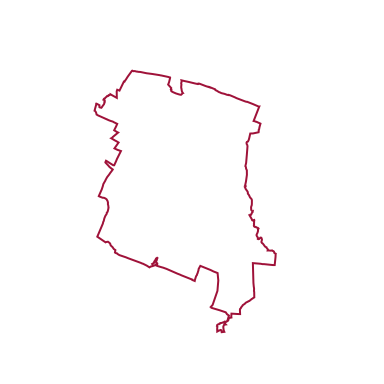 Albesti, Botosani, Romania, rotated 56°
{"feature_id": "2599482B63147515307079", "entity_name": "Albesti", "entity_type": "district", "adm_level": 2, "iso_a3": "ROU", "parent_name": "Romania", "parent_adm1": "Botosani", "projection": "albers", "projection_center": [27.098, 47.691], "detail": "fine", "context": "isolated", "style": "outline", "palette": "rose", "viewbox_px": 384, "rotation_deg": 56, "n_neighbors": 0, "source": "geoboundaries", "source_scale": "gbopen_adm2", "svg_char_len": 6032}
<svg xmlns="http://www.w3.org/2000/svg" viewBox="0 0 384 384"><g transform="rotate(56 192 192)"><path d="M139.4,265.4L143.3,271.6L143.9,271.3L145.8,270.0L146.8,269.3L147.5,268.3L148.9,267.4L150.3,266.9L152.6,267.1L152.9,267.3L154.1,267.7L154.7,268.3L155.2,268.6L156.2,268.9L158.4,270.0L158.5,270.3L159.2,270.8L161.2,273.0L161.5,274.2L162.3,274.8L162.7,275.6L163.2,276.9L163.7,277.7L164.9,279.5L166.6,281.3L167.3,282.5L168.3,283.5L176.1,295.5L185.4,291.8L185.4,291.4L186.2,289.5L188.2,288.8L189.4,288.8L190.3,289.2L190.7,289.2L191.7,289.1L193.1,288.7L195.5,288.7L197.3,288.0L199.1,289.7L200.0,289.3L201.1,288.4L201.7,288.4L203.7,287.5L209.2,283.3L211.3,281.9L222.1,274.1L223.6,273.2L223.8,272.9L227.7,270.7L230.7,269.4L230.7,267.9L231.1,267.0L231.6,265.3L229.4,265.3L229.5,264.2L229.2,263.2L229.4,263.0L229.1,262.4L228.8,262.5L228.3,261.6L227.9,260.4L227.1,259.1L227.0,258.4L227.1,257.9L227.0,256.9L227.9,258.4L228.8,259.3L229.1,260.0L229.8,260.7L230.4,261.0L231.8,260.7L232.5,261.3L232.3,261.5L231.7,262.9L231.8,263.3L232.0,263.4L234.3,261.8L237.6,259.1L238.5,258.3L241.5,256.1L251.6,249.7L253.9,248.1L255.1,247.4L264.9,240.7L265.2,240.9L267.3,239.5L266.4,238.6L264.4,236.1L263.9,235.3L263.6,234.4L263.0,233.8L262.6,233.0L261.2,231.3L260.6,230.5L259.5,229.5L257.9,226.4L267.1,220.2L269.9,218.6L273.5,216.1L280.1,219.7L288.2,226.2L296.8,237.6L297.2,238.2L297.8,240.7L298.0,240.6L298.7,240.7L299.2,240.4L305.5,235.2L310.6,231.3L312.9,231.3L315.1,230.5L318.6,234.7L318.6,235.8L318.5,236.4L318.3,236.8L317.7,237.4L317.8,237.7L317.7,238.2L317.1,240.7L316.5,241.8L316.7,242.0L316.8,242.3L316.7,242.7L316.5,243.0L316.7,243.5L316.4,244.1L316.3,244.6L316.3,245.4L316.6,245.7L317.1,246.3L317.4,246.2L318.0,246.3L318.6,247.0L320.2,248.1L320.6,248.0L320.8,248.1L320.9,248.5L321.0,248.6L321.8,249.1L322.0,247.0L322.4,245.4L322.8,245.1L323.4,245.0L323.7,245.1L324.3,245.6L324.8,245.8L326.0,243.4L324.2,243.0L321.5,241.6L321.0,241.2L320.0,239.6L320.7,238.1L319.1,238.4L318.9,237.6L318.3,237.4L318.3,237.2L318.7,236.5L318.8,236.0L318.8,235.1L318.9,234.5L318.8,234.1L318.6,233.6L317.1,231.9L318.1,229.5L317.1,229.0L314.9,227.3L318.6,222.5L320.1,220.4L316.7,218.3L315.9,217.7L315.7,216.6L315.2,216.0L314.5,213.7L314.2,213.2L314.2,210.8L313.9,209.5L313.9,208.6L314.2,207.0L314.1,206.4L314.4,205.4L314.1,202.3L314.2,201.5L314.1,200.5L314.2,199.3L311.3,197.4L309.6,196.3L308.7,196.0L308.0,195.4L306.7,194.5L304.8,193.6L301.7,191.9L285.0,181.3L289.9,175.2L291.3,173.8L292.1,172.6L297.7,165.9L298.8,164.3L292.6,159.1L290.3,157.4L290.0,157.1L288.7,157.8L287.2,157.4L286.5,157.6L285.9,158.1L285.2,158.3L284.8,159.3L283.2,161.3L282.8,162.0L282.0,161.2L280.0,161.4L279.5,161.2L278.7,161.7L277.9,162.0L276.6,162.0L274.5,162.1L273.4,162.5L272.5,162.5L272.2,162.4L270.9,160.9L270.4,160.5L268.7,160.1L268.1,160.7L268.1,160.9L268.5,162.6L268.2,163.4L267.7,163.7L266.9,163.0L266.5,162.9L265.0,162.9L264.0,162.7L263.4,162.2L262.3,160.3L261.8,159.8L261.2,159.0L259.9,158.3L259.6,157.3L259.2,157.3L258.5,157.5L257.4,158.5L256.6,158.6L256.4,158.8L256.1,159.3L256.0,159.5L255.4,159.7L254.9,159.7L254.4,159.5L253.8,158.8L253.0,158.5L252.4,157.8L251.4,157.3L250.9,156.7L250.5,156.3L250.0,156.1L249.9,156.5L249.7,156.7L249.4,157.8L249.0,157.9L247.7,157.6L243.4,157.3L243.8,156.4L243.5,156.2L243.8,155.5L242.8,154.0L242.6,153.5L242.6,153.3L242.6,153.1L242.3,152.8L242.2,152.7L242.2,153.1L241.7,152.8L241.2,152.8L239.9,152.9L237.6,151.5L236.8,150.5L236.3,149.8L235.3,149.0L232.4,147.0L232.0,146.8L231.0,146.6L229.0,146.9L228.1,146.8L226.6,146.5L224.6,146.6L223.3,145.8L222.1,145.7L219.5,145.8L217.7,145.4L217.4,145.4L217.4,144.6L217.1,144.6L216.5,144.2L215.3,144.4L215.6,144.3L216.0,143.8L215.7,143.7L213.5,141.4L208.5,136.9L204.7,134.4L202.9,134.1L201.5,133.4L200.4,133.3L198.2,130.9L191.9,125.8L185.1,120.4L183.9,119.9L182.7,119.8L181.7,119.3L181.2,118.5L181.4,117.7L181.4,117.3L180.5,115.8L179.3,114.4L176.1,111.0L177.6,108.6L179.7,103.4L178.7,102.5L177.9,102.1L177.6,101.4L175.8,99.6L173.6,97.0L169.7,99.4L169.3,99.9L168.7,100.2L167.6,101.2L158.8,88.5L158.7,88.7L158.2,89.1L153.2,92.3L148.1,95.8L147.7,96.4L146.6,97.3L139.1,102.6L137.5,103.5L133.2,106.3L132.0,107.3L132.1,107.5L130.9,108.7L128.9,110.1L126.4,112.4L125.1,113.1L124.4,113.7L121.5,115.0L120.7,115.6L119.8,115.4L114.6,118.9L114.0,119.5L114.3,119.5L112.0,121.3L106.3,125.3L105.8,125.9L106.1,126.1L105.9,126.7L103.6,128.9L99.0,133.1L95.7,136.3L93.5,138.3L94.2,138.6L94.9,139.1L95.7,140.1L97.2,140.8L97.5,141.1L98.3,141.8L98.8,142.1L99.6,142.7L100.6,143.0L101.5,143.5L103.3,144.2L104.8,144.2L104.6,144.6L105.0,145.1L105.3,146.5L105.2,146.8L104.9,147.2L103.8,148.2L101.3,150.2L98.8,151.8L97.5,152.5L96.4,152.7L95.8,151.9L95.6,151.8L95.0,152.1L94.2,151.1L89.6,151.7L88.2,149.7L85.6,146.8L85.0,146.2L84.6,146.2L84.4,146.6L83.4,147.3L78.0,152.5L77.8,152.8L77.1,153.4L71.7,159.2L68.2,163.2L63.6,167.7L62.2,169.5L61.6,170.0L61.0,170.8L60.2,171.4L59.4,172.3L59.1,173.0L58.0,173.7L58.0,174.1L60.4,180.7L61.0,182.1L61.9,184.1L62.2,185.1L62.5,185.7L62.3,185.7L62.3,186.6L67.4,195.4L65.4,196.8L66.4,198.1L71.9,201.7L66.8,204.3L65.3,205.0L65.5,205.2L65.6,206.2L65.4,206.7L65.1,207.0L65.5,207.7L65.5,207.9L65.4,208.3L65.0,208.7L65.2,209.3L65.4,211.1L65.6,211.5L65.7,211.8L65.5,212.3L65.5,212.8L65.7,213.3L66.0,213.8L66.8,213.2L67.4,213.3L67.6,213.3L68.1,214.0L68.3,213.8L68.6,214.0L70.0,215.9L70.9,218.5L71.2,219.1L71.5,220.0L70.4,221.1L69.8,221.3L68.3,220.2L65.3,221.8L65.2,222.0L66.1,222.7L69.2,226.3L70.1,227.3L70.6,227.0L72.0,227.0L73.2,227.3L74.4,227.8L75.9,227.1L85.9,220.9L87.6,219.7L89.3,218.3L90.4,217.8L93.7,215.9L95.1,218.1L97.3,222.0L100.4,220.6L101.4,220.0L102.1,226.9L102.4,228.0L102.3,228.9L106.1,227.1L107.2,226.5L109.9,225.2L112.5,231.9L115.4,230.2L118.3,228.0L122.8,236.0L123.8,237.4L126.3,241.5L126.0,241.8L125.9,242.2L125.4,242.5L121.8,244.1L119.2,245.2L118.0,245.8L118.9,247.2L119.1,247.3L123.2,246.6L125.1,246.4L127.4,245.7L129.0,245.1L129.3,245.7L130.6,249.5L131.2,250.9L132.2,254.0L133.5,256.6L134.1,257.5L135.8,261.0L137.4,262.8L139.4,265.4Z" fill="none" stroke="#9f1239" stroke-width="2"/></g></svg>